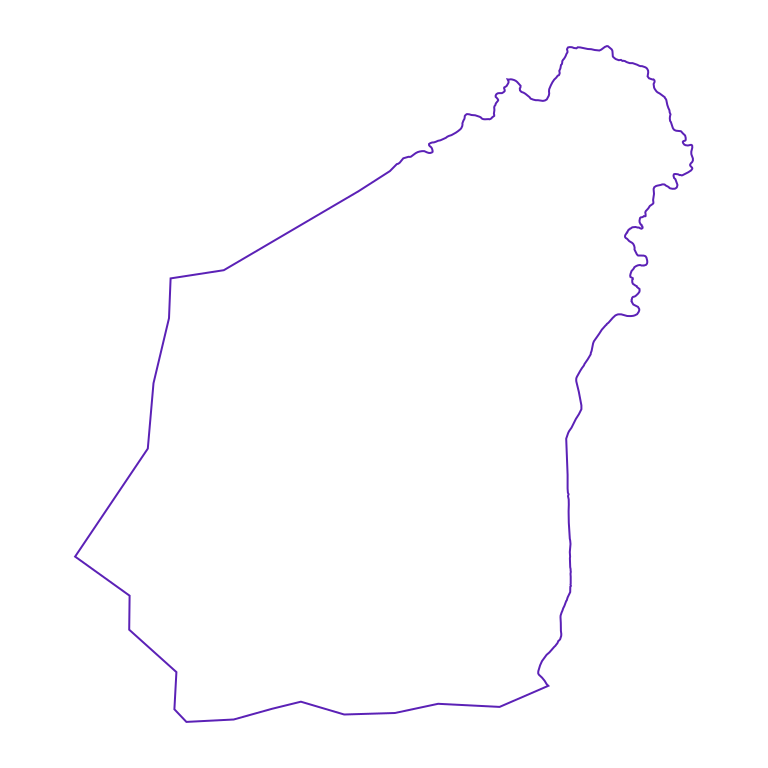 the district of Municipality F, Montevideo, Uruguay
{"feature_id": "84410073B77217372217582", "entity_name": "Municipality F", "entity_type": "district", "adm_level": 2, "iso_a3": "URY", "parent_name": "Uruguay", "parent_adm1": "Montevideo", "projection": "orthographic", "projection_center": [-56.051, -34.817], "detail": "fine", "context": "isolated", "style": "outline", "palette": "violet", "viewbox_px": 768, "rotation_deg": 0, "n_neighbors": 0, "source": "geoboundaries", "source_scale": "gbopen_adm2", "svg_char_len": 6009}
<svg xmlns="http://www.w3.org/2000/svg" viewBox="0 0 768 768"><path d="M548.3,685.8L546.6,684.1L544.7,680.9L542.1,677.7L539.0,674.8L538.5,674.0L538.2,673.3L538.3,671.2L540.1,665.3L542.0,661.1L542.5,660.4L546.6,654.8L549.4,652.4L554.2,646.9L555.4,645.8L556.3,644.5L557.3,643.4L558.4,640.9L559.0,640.5L560.1,639.3L560.3,638.7L561.2,635.9L561.3,634.0L560.9,630.8L560.8,622.9L560.5,617.2L560.6,615.6L561.6,612.5L562.4,610.7L563.2,608.3L564.4,605.9L566.2,601.0L566.7,600.5L567.6,597.5L570.2,592.1L570.3,586.7L570.8,586.2L570.9,585.7L570.5,584.8L570.7,583.5L570.7,576.6L570.5,573.8L570.8,571.9L570.6,570.3L570.6,569.1L570.2,567.2L569.9,558.2L570.1,556.7L569.8,552.1L570.5,544.0L570.2,540.6L569.8,538.7L568.8,522.7L568.6,511.4L568.8,504.7L568.7,499.4L568.0,496.1L568.6,494.2L567.9,492.8L567.6,488.6L567.6,474.9L566.2,438.7L568.2,432.9L569.1,431.1L571.5,427.7L575.9,418.9L578.9,414.2L581.4,409.2L581.4,405.4L578.8,391.7L576.3,381.4L576.2,380.1L576.3,378.3L576.9,376.8L580.3,370.7L582.0,368.0L583.9,365.5L584.5,364.0L587.8,359.2L590.7,354.3L590.8,353.0L591.6,350.9L593.1,343.4L593.9,341.3L599.1,333.9L601.8,329.7L605.7,325.3L606.5,324.7L606.8,324.0L608.4,322.8L612.7,317.9L615.4,315.4L617.5,314.5L618.7,314.3L621.1,314.3L627.2,316.0L630.8,316.1L633.3,315.8L634.7,315.4L637.1,314.2L638.6,312.0L639.1,310.8L639.3,309.9L639.2,309.0L638.0,306.9L633.3,304.5L631.9,302.1L631.9,301.7L631.5,301.3L631.7,300.7L631.5,300.0L631.8,299.6L632.0,298.3L632.3,297.6L633.0,296.9L634.7,296.5L635.9,295.7L638.1,293.6L639.4,291.8L639.6,290.7L639.5,289.0L637.0,287.0L636.7,286.1L635.8,285.8L632.9,283.8L632.3,282.4L632.2,280.0L632.3,279.7L632.8,279.3L632.8,278.2L630.4,276.9L630.2,275.6L630.5,274.0L631.5,271.1L633.7,268.6L634.4,267.2L636.3,266.0L638.0,265.3L640.0,265.0L641.9,265.6L643.3,265.4L643.8,265.6L646.1,264.8L647.0,263.6L647.3,262.2L647.2,260.6L646.4,257.5L645.4,256.2L643.7,255.6L638.0,255.5L636.9,254.4L634.5,249.6L634.6,247.7L634.1,245.6L633.2,243.9L632.2,242.9L629.2,241.1L627.2,238.9L625.8,238.0L625.2,237.3L625.0,236.4L625.2,235.3L627.1,232.2L627.3,232.3L627.7,231.3L628.7,229.6L629.5,229.4L630.1,228.6L630.8,228.4L632.3,227.3L635.5,227.0L637.9,227.6L638.8,227.5L640.4,228.4L641.5,228.7L642.4,228.2L642.6,227.6L642.2,226.6L642.3,226.4L641.8,226.0L641.7,225.1L641.2,224.6L640.8,224.6L640.5,224.1L639.6,222.2L639.5,220.7L640.0,218.1L640.7,217.4L642.2,217.2L643.8,216.4L644.0,216.1L645.1,216.3L645.6,216.0L645.6,214.4L645.3,212.3L645.8,211.1L648.3,208.4L649.8,206.0L652.8,203.9L653.3,203.3L653.4,202.3L653.1,200.0L654.0,193.9L653.6,189.0L654.3,187.2L655.9,186.1L657.1,185.7L660.9,184.9L662.2,184.4L664.0,184.4L664.7,184.6L665.9,185.6L667.7,186.5L668.7,187.1L669.6,188.1L670.5,188.4L672.6,188.8L674.9,188.7L675.5,188.4L676.6,187.6L676.9,187.1L677.4,185.4L677.4,184.7L675.4,179.2L674.1,178.0L673.5,175.8L673.8,174.5L674.2,174.1L675.6,174.0L678.0,174.3L679.7,175.1L680.5,175.0L681.8,175.4L682.5,175.2L688.2,172.3L691.1,170.4L692.2,168.9L692.3,168.3L692.1,167.7L690.4,165.9L690.2,165.5L690.1,164.8L690.7,163.5L692.2,162.0L692.9,160.5L692.9,158.5L691.4,154.4L691.3,153.5L691.3,151.6L692.3,147.7L692.2,145.7L691.9,145.2L691.3,144.9L690.6,144.9L687.9,145.5L685.6,145.2L684.3,144.6L683.2,143.2L682.8,142.0L683.1,141.4L683.8,141.0L685.0,140.7L685.5,140.3L685.7,139.7L685.7,137.9L685.1,135.5L682.9,133.4L681.3,131.6L680.8,131.2L676.1,130.7L674.4,130.0L673.7,129.3L673.2,128.6L672.8,127.9L670.9,122.1L670.2,121.1L670.0,120.3L669.8,118.3L670.0,116.3L670.5,114.3L669.7,112.5L669.4,110.2L668.4,108.1L667.3,104.9L666.3,100.0L665.8,99.0L665.1,98.2L664.7,97.2L659.7,93.5L657.5,92.3L656.4,91.3L654.7,88.9L654.1,87.6L653.6,84.0L654.5,82.1L654.6,81.1L654.3,80.2L653.5,79.4L652.5,79.5L649.0,78.3L647.6,76.4L648.2,72.6L648.1,70.6L647.0,68.5L645.9,67.6L644.9,67.1L641.9,66.1L640.4,66.1L639.3,65.8L637.1,64.7L632.5,63.1L629.6,63.1L626.4,62.0L625.2,61.2L623.7,60.8L622.4,60.9L621.0,59.9L618.8,60.2L615.6,59.0L613.3,57.1L612.8,56.3L612.5,51.8L612.3,50.5L611.6,49.3L607.9,46.2L606.9,46.1L604.9,46.9L601.3,49.6L599.4,50.5L594.7,50.0L591.2,49.2L587.8,49.0L580.1,47.4L577.7,47.3L576.5,48.3L574.0,48.0L572.2,47.3L570.7,47.1L569.3,47.1L567.9,47.5L567.0,49.2L567.5,51.3L567.4,52.5L566.6,53.6L565.6,56.1L564.9,57.4L564.0,58.8L563.0,59.9L562.3,61.1L562.2,62.7L561.8,64.2L561.0,65.0L560.4,68.4L559.3,70.9L559.7,73.1L559.2,74.7L558.9,75.2L557.7,75.7L556.2,77.7L554.2,79.6L552.4,82.3L550.8,85.4L549.2,89.2L549.0,91.3L549.2,93.5L548.8,95.6L546.8,99.4L544.9,100.5L542.9,100.9L538.0,100.2L535.7,100.2L533.2,99.6L530.6,98.6L529.6,97.2L525.4,93.8L523.6,92.7L521.4,91.9L520.0,90.4L519.8,88.3L520.4,87.6L520.6,85.8L517.1,81.9L515.7,80.8L514.0,80.0L511.8,79.4L510.4,79.3L508.9,79.6L507.6,79.4L508.4,81.1L508.6,82.0L508.2,83.3L506.5,86.1L504.2,87.5L504.1,88.3L504.7,90.0L504.7,91.0L503.7,92.1L502.0,93.1L499.2,93.1L497.8,93.3L496.5,94.1L495.9,95.0L495.6,95.9L495.7,96.9L496.5,97.6L497.9,99.3L498.2,100.1L497.7,101.1L496.2,102.9L495.6,104.0L495.5,104.8L494.5,106.2L494.2,107.3L494.4,110.1L493.9,113.8L494.2,114.8L494.2,115.9L492.0,117.5L491.5,118.3L490.3,119.0L489.4,119.3L488.6,119.1L484.8,119.3L483.1,119.1L481.8,118.5L480.8,117.4L479.7,116.8L475.2,115.3L471.5,115.0L469.2,114.3L467.3,114.1L466.6,114.2L465.3,115.3L464.8,116.0L464.6,118.0L464.3,119.1L463.5,120.4L462.4,123.3L462.5,124.6L462.2,126.2L461.2,128.3L460.3,129.3L458.1,131.1L455.8,132.7L451.5,135.1L449.0,135.9L447.3,136.7L445.9,137.8L444.2,138.6L440.4,140.3L438.0,140.8L436.0,141.7L433.9,142.4L432.1,142.5L430.4,143.1L429.1,143.9L429.0,145.0L429.7,146.1L431.0,147.1L431.7,148.0L432.2,149.2L432.6,150.9L432.6,151.8L431.8,152.5L430.1,153.0L428.7,152.9L427.1,152.4L424.2,151.1L422.2,151.1L419.8,151.5L417.7,152.1L415.6,153.2L410.9,156.7L409.8,156.9L408.5,156.8L403.3,158.3L399.7,162.7L398.3,163.7L396.8,164.1L389.9,171.1L358.7,191.1L223.8,270.2L170.6,278.4L169.0,318.2L153.5,383.2L147.8,448.6L75.1,556.6L129.6,595.7L129.2,629.7L176.4,672.1L174.4,709.3L186.4,721.9L233.7,719.5L272.0,708.8L300.9,701.7L344.2,714.5L394.9,713.0L438.1,703.8L499.6,706.9L548.3,685.8Z" fill="none" stroke="#5b21b6" stroke-width="2"/></svg>